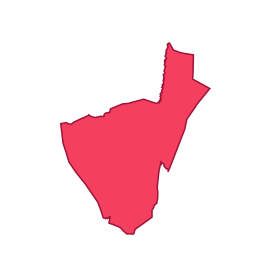 outline of Santa Catarina Tayata, Oaxaca, Mexico, rotated 27°
{"feature_id": "50627088B92542152124342", "entity_name": "Santa Catarina Tayata", "entity_type": "district", "adm_level": 2, "iso_a3": "MEX", "parent_name": "Mexico", "parent_adm1": "Oaxaca", "projection": "albers", "projection_center": [-97.553, 17.341], "detail": "fine", "context": "isolated", "style": "filled", "palette": "rose", "viewbox_px": 256, "rotation_deg": 27, "n_neighbors": 0, "source": "geoboundaries", "source_scale": "gbopen_adm2", "svg_char_len": 3427}
<svg xmlns="http://www.w3.org/2000/svg" viewBox="0 0 256 256"><g transform="rotate(27 128 128)"><path d="M183.0,55.7L163.4,55.1L160.9,49.3L153.1,33.1L151.6,33.6L150.2,34.1L147.0,35.1L143.9,36.1L143.2,36.3L142.5,36.5L140.6,37.1L138.4,37.4L137.5,37.4L136.6,37.5L134.7,37.7L132.9,37.9L130.7,36.3L128.4,34.8L126.7,33.7L126.4,33.5L125.8,33.9L125.6,34.3L125.2,35.1L125.2,35.4L125.6,35.4L125.7,35.7L125.6,36.0L125.7,36.8L125.9,36.9L126.2,36.9L126.5,37.2L126.9,37.8L126.9,38.3L126.7,38.8L126.8,39.2L127.0,40.0L126.9,40.5L126.6,41.1L127.0,41.6L127.3,41.9L127.4,42.1L127.3,42.4L127.3,43.3L128.2,43.9L128.4,44.4L128.2,45.0L128.5,45.6L128.3,46.7L128.7,47.4L128.9,47.3L129.2,47.7L129.9,47.8L130.5,48.4L130.9,48.6L130.8,48.9L130.6,49.2L129.8,50.4L130.0,51.2L130.9,51.2L131.0,51.6L130.4,52.2L130.8,52.9L131.5,53.5L131.7,54.2L131.6,55.0L132.2,55.8L133.1,55.6L133.4,55.7L133.6,56.2L133.5,56.9L133.9,58.0L134.0,58.8L134.0,59.0L134.2,60.0L134.1,60.5L134.3,60.9L134.6,60.9L134.8,61.3L135.7,61.9L136.0,62.4L136.0,63.0L135.6,63.6L135.2,64.2L135.3,64.6L135.7,64.6L136.6,65.6L136.7,65.8L136.6,66.5L137.2,66.6L137.5,67.3L137.4,68.2L137.9,68.2L138.0,68.8L137.8,69.7L138.4,69.8L138.7,71.1L139.0,71.7L139.6,72.0L139.9,72.3L139.9,73.2L139.2,73.3L138.9,74.0L139.6,74.4L140.1,74.8L140.2,75.3L139.8,75.9L139.7,76.4L140.5,76.3L141.0,76.5L140.8,77.1L140.9,77.6L141.0,78.6L141.1,78.8L141.2,79.2L141.3,80.0L142.1,80.9L142.2,81.3L141.8,81.4L141.5,81.6L141.3,83.2L141.5,83.6L142.3,83.7L142.6,83.9L142.5,84.0L142.4,85.5L143.2,85.5L143.4,85.7L143.6,86.7L143.7,86.9L143.5,87.3L144.0,87.7L144.6,87.8L145.0,88.6L143.6,89.1L143.9,89.8L144.4,90.6L144.3,91.2L143.5,91.1L143.7,91.6L143.0,92.2L142.6,92.9L142.3,93.2L136.5,94.1L132.2,94.8L129.1,95.1L126.4,97.5L123.8,99.8L117.4,105.7L115.9,106.7L112.1,109.1L111.1,110.3L108.4,113.4L103.8,118.8L103.7,118.9L104.6,122.9L103.2,123.2L102.7,124.0L101.4,124.7L100.7,126.2L100.6,126.9L101.3,128.5L100.1,129.3L98.9,129.6L95.3,132.5L94.2,133.5L91.9,134.1L91.4,134.2L89.9,134.5L89.0,134.5L87.2,134.0L87.0,134.8L85.5,136.8L81.7,141.4L77.5,146.8L75.8,150.0L75.7,150.3L75.1,150.9L73.7,151.0L73.1,151.4L71.4,151.2L70.4,151.4L69.9,151.7L68.8,152.6L68.3,152.9L66.1,154.7L68.0,157.6L71.3,162.3L73.0,165.0L74.3,167.0L76.3,170.0L76.7,170.7L77.9,171.9L79.0,173.0L84.8,178.7L87.6,181.8L90.6,184.7L91.1,185.2L97.7,188.9L102.0,191.2L104.0,192.1L111.6,195.6L116.2,197.7L126.6,203.4L134.6,207.7L138.0,210.8L140.8,213.3L146.7,219.2L147.3,219.3L149.6,218.0L149.6,218.5L150.2,218.0L150.9,218.1L151.7,216.5L151.5,215.8L152.2,215.3L152.5,215.4L152.7,216.2L154.1,221.3L156.4,221.1L158.8,220.8L165.8,220.2L167.2,220.4L169.2,221.4L174.1,222.7L174.8,222.9L175.2,222.5L175.8,222.6L176.1,222.4L176.8,221.8L178.1,221.4L179.4,220.7L180.5,220.5L181.2,218.9L180.8,217.5L180.3,215.1L189.9,196.6L186.8,190.5L186.7,189.7L187.0,187.7L186.6,185.0L187.8,181.9L186.8,179.1L186.6,177.9L185.8,176.0L183.6,171.5L181.1,167.9L180.5,166.4L179.6,164.1L176.3,155.4L175.4,153.0L174.9,151.3L174.3,149.0L173.0,143.9L174.0,144.8L173.9,144.0L174.1,144.2L174.4,144.1L174.9,143.9L175.1,143.9L175.5,143.8L175.9,143.7L176.2,143.9L176.6,144.2L176.9,144.5L177.1,145.0L177.3,145.5L177.5,145.8L177.8,145.9L178.4,146.1L179.1,146.1L179.6,146.4L179.9,146.7L180.3,146.8L180.6,146.9L181.1,146.8L181.8,146.6L183.0,146.9L183.3,147.9L183.2,148.3L183.5,148.9L183.4,147.4L183.4,145.5L179.1,103.2L176.4,93.4L178.5,78.4L178.6,75.8L183.0,55.7Z" fill="#f43f5e" stroke="#9f1239" stroke-width="1.5"/></g></svg>